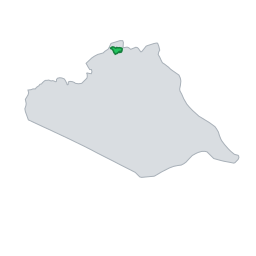 location of Al-Haffa, Lattakia, Syria, rotated 61°
{"feature_id": "27442178B95231031847739", "entity_name": "Al-Haffa", "entity_type": "district", "adm_level": 2, "iso_a3": "SYR", "parent_name": "Syria", "parent_adm1": "Lattakia", "projection": "equal_earth", "projection_center": [36.135, 35.638], "detail": "fine", "context": "in_parent", "style": "filled", "palette": "green", "viewbox_px": 256, "rotation_deg": 61, "n_neighbors": 0, "source": "geoboundaries", "source_scale": "gbopen_adm2", "svg_char_len": 3733}
<svg xmlns="http://www.w3.org/2000/svg" viewBox="0 0 256 256"><g transform="rotate(61 128 128)"><path d="M49.1,90.3L51.0,90.6L55.0,93.2L55.6,93.1L56.8,89.6L58.0,88.5L60.5,87.5L61.2,81.9L62.3,80.8L63.7,80.3L65.8,80.2L67.7,79.8L67.8,78.8L65.2,72.4L65.4,70.8L66.7,64.4L67.5,61.9L68.2,61.0L71.2,61.4L75.3,62.5L76.4,64.3L78.4,66.0L81.4,65.9L84.9,66.2L87.6,66.3L89.8,65.1L94.7,63.0L97.1,62.3L99.3,61.3L106.4,57.8L109.3,58.0L111.2,58.5L112.7,59.1L116.1,61.5L118.9,63.9L120.8,64.6L124.3,64.6L129.4,65.1L135.6,65.0L139.2,64.3L143.8,63.1L152.0,60.3L162.7,54.2L169.0,51.3L171.7,51.0L175.3,50.9L178.9,51.7L182.9,52.2L184.8,52.2L189.2,51.6L194.8,50.4L198.3,49.4L202.6,47.7L205.2,45.0L206.1,44.8L207.2,45.2L207.7,45.4L208.9,47.0L210.1,51.0L210.2,51.4L210.0,52.5L207.2,55.8L203.5,60.3L200.9,63.1L196.3,67.8L192.9,68.8L187.1,70.5L185.6,72.2L184.2,74.9L183.4,78.5L183.2,80.8L183.2,85.1L184.6,89.6L186.0,93.9L186.3,96.7L186.2,99.5L185.0,102.5L183.7,106.6L183.0,111.2L182.7,119.9L182.9,127.4L182.8,128.6L180.5,133.8L177.8,140.0L176.5,141.4L170.3,143.2L163.6,147.7L156.1,152.8L149.3,157.3L142.1,162.2L134.7,167.2L129.3,170.7L122.2,175.5L115.7,180.1L109.1,184.7L104.1,188.3L96.4,193.9L91.9,197.1L85.3,202.0L79.5,206.2L72.6,211.2L63.9,209.8L61.2,208.9L59.0,206.5L57.3,205.2L53.2,203.9L50.6,199.4L49.0,197.8L46.3,197.1L47.5,194.2L47.7,192.3L48.9,190.0L48.1,188.5L47.8,185.2L47.3,184.4L47.1,183.6L47.5,182.6L47.3,181.5L46.9,181.0L46.6,179.4L46.3,178.3L46.4,176.8L47.0,175.9L47.7,174.0L48.4,173.5L49.6,172.4L49.9,171.2L50.9,170.0L52.3,169.1L52.6,168.3L52.4,167.9L51.0,167.1L50.3,165.6L50.9,163.4L51.4,162.7L52.2,161.6L54.1,160.0L55.5,159.8L56.8,159.8L58.9,159.9L60.6,160.2L61.0,159.8L60.9,159.2L58.9,157.9L58.8,156.9L59.3,155.8L60.7,154.0L62.4,152.7L63.3,152.5L65.3,149.9L66.5,146.9L64.5,139.8L63.3,138.7L61.3,137.7L60.1,137.6L60.0,137.1L61.6,135.3L62.7,133.8L61.4,132.3L59.2,131.6L58.4,133.1L55.6,133.3L51.1,133.3L49.2,125.8L48.9,122.6L49.0,118.8L50.3,113.4L49.7,110.9L49.6,109.2L49.3,106.8L45.8,101.8L47.7,92.6L49.1,90.3Z" fill="#d9dde1" stroke="#a8b0b8" stroke-width="1"/><path d="M57.5,95.8L57.4,95.8L57.0,95.8L56.9,95.7L56.7,95.3L56.5,95.1L56.4,95.0L56.2,94.8L56.0,94.7L55.8,94.7L55.5,94.6L55.4,94.7L55.3,94.8L55.2,94.9L54.9,95.0L54.7,95.2L54.7,95.3L54.6,95.5L54.4,95.6L54.2,95.8L54.1,96.0L53.9,96.1L53.7,96.3L53.6,96.5L53.6,96.8L53.5,97.0L53.4,97.2L53.4,97.3L53.3,97.5L53.2,97.5L53.1,97.8L52.9,98.0L52.7,98.2L52.7,98.3L52.5,98.5L52.4,98.5L52.2,98.7L52.1,98.8L52.1,99.0L52.2,99.3L52.3,99.5L52.4,99.8L52.4,100.0L52.2,100.2L51.9,100.2L51.7,100.4L51.5,100.5L51.4,100.6L51.2,100.8L50.9,100.9L50.6,101.0L50.4,101.2L50.3,101.3L50.2,101.3L50.0,101.6L49.9,101.8L49.9,102.0L49.7,102.3L49.4,102.5L49.5,102.8L49.6,103.0L49.6,103.3L49.8,103.6L49.9,103.8L49.8,104.0L49.7,104.1L49.7,104.3L49.6,104.5L50.0,104.6L50.3,104.5L50.4,104.4L50.5,104.2L50.7,103.9L50.9,103.8L51.1,103.7L51.3,103.7L51.5,103.7L51.9,103.6L52.0,103.5L52.2,103.4L52.4,103.3L52.5,103.3L52.8,103.3L53.0,103.4L53.3,103.4L53.3,103.5L53.6,103.5L54.0,103.5L54.3,103.5L54.5,103.6L54.8,103.7L55.0,103.7L55.3,103.6L55.5,103.7L55.8,103.5L55.9,103.4L56.0,103.4L56.5,103.4L56.8,103.4L57.3,103.4L57.3,103.2L57.3,102.9L57.3,102.7L57.3,102.4L57.3,101.9L57.5,101.7L57.5,101.4L57.4,100.9L57.2,100.6L57.2,100.2L57.3,100.0L57.3,99.8L57.4,99.5L57.4,99.3L57.4,99.2L57.2,99.2L57.2,98.9L57.0,98.7L56.9,98.7L57.0,98.2L57.1,98.3L57.3,98.4L57.3,98.5L57.5,98.6L57.7,98.4L57.7,98.5L57.8,98.5L57.8,98.4L57.7,98.3L57.8,98.2L57.9,98.3L58.0,98.2L58.0,98.3L57.9,98.3L57.9,98.5L58.0,98.3L58.0,98.2L58.1,97.9L57.9,97.8L57.9,97.7L58.0,97.5L58.0,97.4L58.1,97.2L58.1,96.9L58.2,97.0L58.3,97.0L58.3,96.9L58.2,96.8L58.0,96.6L57.9,96.5L57.9,96.4L57.7,96.3L57.6,96.2L57.5,95.8Z" fill="#22c55e" stroke="#15803d" stroke-width="1.5"/></g></svg>